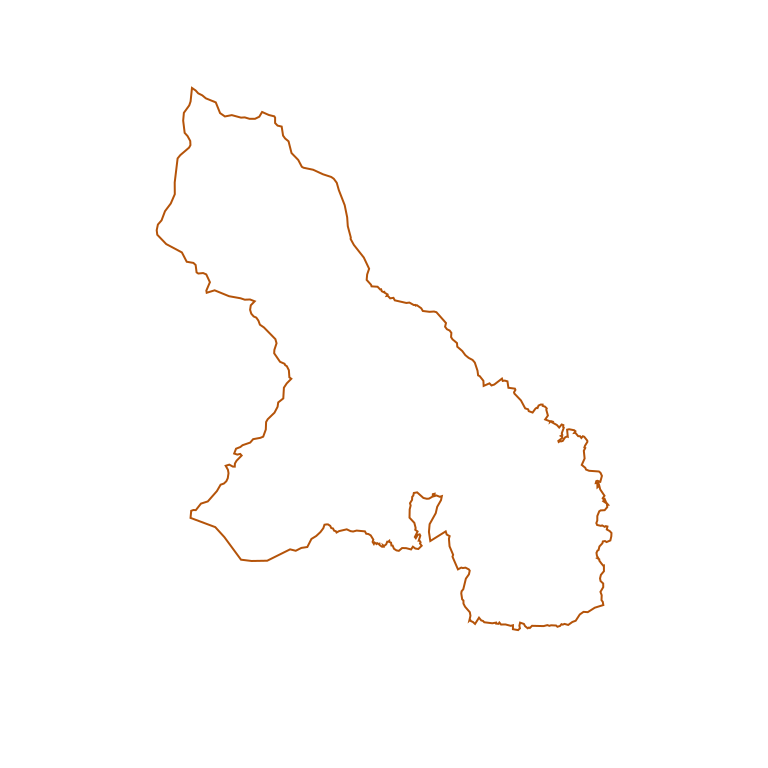 Lapus, Maramures, Romania (Equal Earth projection), rotated 290°
{"feature_id": "2599482B74882735092857", "entity_name": "Lapus", "entity_type": "district", "adm_level": 2, "iso_a3": "ROU", "parent_name": "Romania", "parent_adm1": "Maramures", "projection": "equal_earth", "projection_center": [24.024, 47.535], "detail": "fine", "context": "isolated", "style": "outline", "palette": "amber", "viewbox_px": 768, "rotation_deg": 290, "n_neighbors": 0, "source": "geoboundaries", "source_scale": "gbopen_adm2", "svg_char_len": 6166}
<svg xmlns="http://www.w3.org/2000/svg" viewBox="0 0 768 768"><g transform="rotate(290 384 384)"><path d="M400.3,594.4L402.9,590.2L402.9,588.7L400.8,587.9L402.0,586.1L401.4,584.3L403.6,580.5L403.1,579.5L405.1,580.0L405.6,578.5L404.8,573.4L403.7,571.7L397.3,574.7L397.3,573.9L395.7,572.4L391.6,571.4L390.6,570.0L390.9,569.2L389.3,568.0L390.1,567.3L394.4,570.0L395.4,569.4L395.7,567.9L397.1,569.0L398.5,567.9L404.4,567.9L404.8,567.1L406.7,566.6L406.7,564.8L403.0,563.5L404.6,560.5L405.4,555.3L406.3,555.5L406.2,553.6L405.1,553.0L405.7,552.9L405.8,547.6L410.4,548.8L415.3,545.3L416.7,545.3L417.8,543.0L417.7,540.6L418.9,540.1L418.3,538.3L416.6,536.6L413.9,536.5L413.8,535.5L412.5,534.7L408.0,533.4L408.0,529.3L409.5,528.1L409.4,525.0L415.4,518.3L419.6,509.8L420.7,509.0L423.4,509.5L424.4,508.6L423.0,502.2L428.7,499.1L428.5,496.3L427.5,494.5L429.4,493.0L421.2,487.8L419.4,485.5L420.7,482.9L416.3,478.3L421.0,476.3L424.1,471.3L424.3,469.5L428.5,467.3L435.2,462.0L436.9,459.0L437.5,454.6L438.9,450.6L441.8,446.2L444.1,440.1L447.4,438.6L449.4,433.1L451.0,431.0L455.1,429.8L456.7,427.4L457.0,424.4L458.7,421.8L462.5,421.4L469.4,408.7L469.2,406.2L467.4,402.1L465.9,395.5L467.9,393.1L469.3,387.9L468.5,387.0L469.0,386.3L468.4,385.0L469.2,380.0L467.8,377.3L466.3,365.5L468.2,363.4L466.6,360.5L468.2,357.3L467.7,356.4L469.4,356.7L470.0,353.3L470.7,352.8L470.2,352.1L470.4,350.2L472.0,348.9L471.5,348.1L473.2,344.7L471.5,338.9L472.8,337.9L475.9,332.1L481.2,330.7L487.2,330.6L495.9,321.8L504.4,308.1L508.9,303.0L510.3,302.7L519.9,296.0L528.0,292.4L538.6,285.9L550.8,275.2L556.9,270.8L559.7,266.6L560.5,263.6L560.2,254.9L561.1,244.1L559.7,234.4L560.0,232.5L565.2,226.8L569.4,218.1L579.4,211.3L580.9,207.1L582.9,204.2L590.9,199.8L590.4,195.6L592.0,192.4L597.0,190.6L598.0,189.4L597.4,183.8L597.9,176.4L592.5,175.4L589.1,172.1L587.2,166.8L586.9,162.0L585.4,158.5L584.6,149.0L581.0,143.0L582.5,137.3L591.1,129.6L591.5,118.9L593.1,114.5L593.6,110.0L595.4,106.6L596.5,102.3L583.4,105.6L579.2,105.7L570.4,103.2L562.8,105.2L551.8,110.8L549.8,114.6L546.1,118.8L542.3,120.4L539.5,120.0L529.4,114.3L525.4,112.9L501.8,118.4L490.8,122.5L480.7,121.9L471.5,119.1L461.7,119.0L456.5,117.0L450.8,117.8L446.7,119.9L441.0,131.5L438.5,149.1L431.4,156.8L432.6,163.5L431.4,166.3L424.8,169.7L424.3,171.7L426.4,176.1L426.2,179.5L420.1,185.6L411.0,185.1L409.1,186.2L414.1,192.8L413.5,208.4L415.5,219.9L415.6,224.3L417.6,229.2L417.5,234.2L412.4,231.9L407.9,232.8L404.7,235.2L402.9,238.4L402.7,241.3L400.6,244.3L397.3,247.1L396.1,251.8L389.0,266.6L385.5,269.1L378.6,269.3L375.3,270.3L369.3,278.7L369.0,283.6L367.9,284.7L367.5,286.6L364.4,289.9L357.9,292.8L357.2,295.1L351.3,292.4L346.3,291.2L336.0,294.3L330.5,290.9L326.2,291.8L319.6,290.9L311.2,286.8L308.0,286.2L300.8,288.5L293.2,288.5L291.1,286.2L287.4,279.9L283.2,278.3L278.1,272.0L275.7,270.6L272.6,267.1L267.4,267.0L267.5,270.3L269.1,272.8L268.1,274.7L261.5,271.7L258.3,271.1L255.3,272.0L254.7,270.2L255.3,266.2L253.0,263.2L250.0,266.7L247.0,268.4L242.0,269.4L238.7,269.1L235.7,267.6L233.5,264.9L226.2,263.6L213.4,258.6L209.0,252.9L201.1,250.3L200.4,248.0L198.9,246.2L192.0,248.0L191.8,274.4L185.5,286.4L170.0,309.7L172.4,320.1L178.0,334.7L196.5,352.3L197.1,358.1L201.7,362.4L204.6,367.7L213.6,368.8L218.0,372.3L223.1,374.9L227.7,376.3L231.4,376.2L232.4,378.0L232.9,379.4L232.3,382.0L230.6,383.7L230.8,385.5L229.1,387.3L229.2,389.1L228.2,390.2L230.4,392.1L234.7,398.7L234.3,402.9L234.8,405.4L236.9,408.4L239.0,416.5L237.2,418.5L237.7,420.6L237.2,423.3L234.1,427.2L231.7,427.3L230.2,429.2L231.8,429.4L231.1,431.7L232.1,432.0L231.8,433.5L232.4,434.3L231.2,434.9L230.4,437.8L231.0,439.3L232.1,438.4L231.8,439.5L234.1,440.9L237.7,441.0L237.0,441.3L237.3,442.0L238.4,442.6L237.4,443.1L237.3,444.9L234.8,446.2L235.1,447.4L232.6,449.7L231.9,452.6L232.3,455.0L236.0,457.1L237.3,460.8L237.8,466.0L241.0,466.8L240.1,469.7L240.7,472.7L244.9,474.7L246.4,472.4L247.8,472.5L249.0,470.9L248.7,470.2L253.9,470.0L254.9,468.9L253.8,467.3L250.0,466.6L250.8,465.3L256.9,466.0L257.7,463.2L259.5,463.0L263.9,460.0L267.1,453.7L275.0,451.0L278.9,450.6L280.9,449.2L284.7,450.0L287.6,449.1L289.2,449.7L291.8,449.3L293.5,452.2L290.4,460.0L290.8,463.5L291.7,465.5L294.9,468.2L297.2,467.6L298.2,469.1L295.9,469.7L297.2,471.4L297.1,475.0L298.4,476.7L294.3,477.3L286.8,476.0L280.3,476.8L267.9,474.8L260.4,476.8L252.3,481.2L266.6,492.4L264.0,494.4L263.5,497.7L260.9,497.9L253.9,501.1L247.1,507.4L245.2,507.4L244.1,508.4L235.1,516.9L237.9,519.4L238.0,521.0L239.3,523.4L238.8,527.1L237.9,528.4L234.2,528.9L229.1,527.5L218.3,528.7L215.8,527.8L213.7,528.2L208.4,531.1L207.7,532.7L204.8,533.8L202.4,536.4L198.9,542.7L195.8,544.5L190.9,545.1L191.9,545.6L190.9,546.8L190.8,548.9L189.7,551.6L196.9,553.2L195.1,556.2L195.2,558.1L194.4,559.7L196.2,567.6L198.1,570.9L197.2,571.3L197.8,573.6L199.3,574.0L198.0,576.2L199.6,580.4L200.1,585.8L201.4,587.7L197.7,589.0L198.6,594.2L200.9,595.3L203.1,593.9L206.3,593.5L206.4,597.5L204.7,599.4L203.6,602.6L204.7,603.5L204.6,604.5L207.4,605.8L211.1,616.8L213.3,620.0L213.3,622.1L214.4,623.5L215.9,628.3L215.2,630.0L216.9,632.2L219.0,632.9L219.0,634.2L220.3,635.7L220.6,639.5L224.8,642.4L227.1,645.1L234.4,646.8L238.1,649.4L239.3,653.5L245.9,658.6L251.3,665.7L254.1,664.1L255.3,662.3L260.0,660.8L262.7,658.5L268.1,659.5L271.5,658.2L272.9,654.9L275.2,653.5L278.8,653.1L283.3,654.7L288.7,652.7L288.3,652.1L289.7,649.7L291.6,646.8L292.9,646.2L293.3,644.0L293.9,644.6L295.3,642.9L298.0,641.4L300.4,641.6L301.4,642.4L305.0,642.0L309.0,643.7L310.9,643.5L312.0,645.4L311.6,647.2L314.4,650.2L318.6,649.7L321.8,648.7L323.0,646.4L323.5,643.1L326.5,642.7L326.3,641.0L325.3,640.3L325.7,637.3L324.9,636.4L324.4,632.5L325.9,631.1L328.7,631.1L332.9,629.6L338.0,629.8L339.3,630.8L340.9,634.5L344.7,635.9L346.5,635.0L347.1,636.0L348.6,633.3L351.5,630.6L351.2,630.1L348.3,632.5L348.9,630.1L350.2,630.7L351.4,628.6L354.4,629.4L358.9,623.2L362.0,621.1L359.9,619.9L362.7,618.8L363.5,619.8L364.5,619.5L363.3,616.9L365.3,616.7L366.0,617.5L366.1,620.7L372.2,620.2L374.6,617.8L375.3,615.9L372.6,606.4L372.7,603.1L374.1,601.8L375.6,597.5L382.6,598.0L389.6,594.6L392.7,595.0L392.9,594.0L394.8,594.0L399.2,594.9L400.3,594.4Z" fill="none" stroke="#b45309" stroke-width="2"/></g></svg>